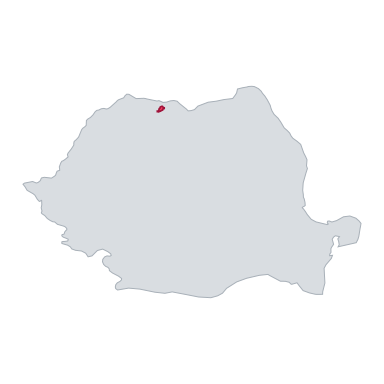 Stramtura, Maramures, Romania (highlighted)
{"feature_id": "2599482B10134802893946", "entity_name": "Stramtura", "entity_type": "district", "adm_level": 2, "iso_a3": "ROU", "parent_name": "Romania", "parent_adm1": "Maramures", "projection": "equal_earth", "projection_center": [24.134, 47.755], "detail": "fine", "context": "in_parent", "style": "filled", "palette": "rose", "viewbox_px": 384, "rotation_deg": 0, "n_neighbors": 0, "source": "geoboundaries", "source_scale": "gbopen_adm2", "svg_char_len": 4608}
<svg xmlns="http://www.w3.org/2000/svg" viewBox="0 0 384 384"><path d="M307.3,214.6L311.2,219.3L316.0,221.9L327.2,224.6L328.1,224.3L328.2,223.8L327.4,223.1L327.3,222.2L327.8,221.1L329.3,221.0L331.9,222.0L336.6,220.6L343.5,216.8L349.9,216.0L355.9,218.2L359.0,220.9L361.0,223.4L360.5,226.5L360.1,228.4L358.8,236.4L357.9,239.4L356.2,242.7L338.1,246.8L339.2,244.8L338.7,241.5L337.8,238.9L339.5,236.6L335.3,235.8L333.6,237.1L332.2,239.2L333.6,244.3L331.7,247.1L330.9,248.7L331.0,252.4L329.8,254.0L329.6,255.7L332.5,255.3L331.3,258.5L326.0,264.7L324.1,268.3L324.9,283.0L322.7,291.7L322.6,294.3L316.7,294.4L315.0,294.2L309.4,292.9L303.1,290.6L299.4,286.0L297.0,282.8L291.7,284.3L290.7,283.9L289.3,282.3L285.3,281.3L280.4,281.2L269.3,275.3L268.0,274.4L259.4,275.3L246.5,278.3L236.7,281.9L226.6,288.3L222.5,293.2L217.7,295.8L210.9,297.7L198.6,297.0L185.9,294.5L172.2,291.9L164.9,293.3L154.9,292.2L139.8,289.1L128.6,288.1L117.6,290.0L115.7,288.6L115.3,287.0L115.8,284.7L117.3,282.8L120.0,281.4L121.4,280.0L121.6,278.5L118.6,276.2L112.5,273.0L110.0,271.1L109.4,270.6L109.2,268.8L108.0,267.4L105.6,266.3L103.7,264.5L102.5,261.8L102.8,259.3L104.7,256.9L107.0,255.9L109.9,256.2L111.2,255.5L110.7,253.8L107.9,251.7L102.7,249.1L97.4,250.5L92.0,255.9L88.1,256.8L85.7,253.2L81.5,251.0L75.5,250.3L71.7,248.9L70.4,246.9L67.7,245.2L61.9,243.5L61.8,241.9L62.8,241.5L64.9,241.4L67.7,241.0L68.1,240.1L68.2,239.2L66.0,238.2L63.8,237.4L62.6,236.7L61.9,235.9L61.8,235.0L62.4,234.5L63.3,234.4L64.2,233.9L64.7,232.0L66.0,230.4L66.8,229.8L66.8,228.6L65.9,227.5L64.7,226.5L62.9,225.9L57.4,224.3L54.6,221.9L52.9,221.8L50.2,220.5L47.3,218.5L44.8,215.6L42.1,213.8L41.4,213.0L41.4,212.3L41.9,211.5L41.9,210.6L41.2,207.8L41.8,204.8L41.7,202.0L41.7,200.7L41.2,200.3L40.7,200.8L40.0,201.3L39.3,201.4L37.4,199.4L34.9,195.2L33.2,193.8L29.9,191.9L27.1,190.3L25.1,186.9L23.0,184.2L24.5,183.1L32.6,181.5L36.3,183.0L38.0,182.5L39.7,181.2L40.6,180.2L40.8,179.2L41.6,177.9L44.3,177.3L51.5,178.1L54.5,176.2L55.6,175.2L56.3,173.0L57.1,171.2L59.7,170.3L59.6,168.6L59.3,166.9L60.8,162.9L61.8,161.3L63.2,160.7L65.0,159.5L68.1,156.9L67.4,154.7L68.1,153.0L71.3,149.0L73.8,145.1L73.8,143.1L74.2,141.4L76.3,139.6L78.6,137.1L81.7,129.6L82.7,128.3L84.7,126.9L86.2,125.4L86.4,120.5L87.7,119.1L90.4,117.5L93.0,114.9L95.1,111.8L96.7,110.4L98.9,110.0L101.2,108.8L103.8,108.4L106.3,109.0L107.9,108.7L110.3,107.2L116.5,101.6L117.4,100.5L118.7,99.7L123.7,97.8L124.9,95.9L126.7,94.2L128.9,94.3L136.1,98.6L143.8,98.3L145.2,98.5L145.7,98.6L146.6,98.9L156.9,101.0L158.5,100.8L158.9,100.6L163.0,102.4L166.7,102.1L170.2,100.9L173.8,100.5L177.1,101.2L179.7,103.7L186.2,108.9L188.2,110.9L191.2,110.6L194.5,109.6L197.9,106.1L208.2,102.2L216.1,101.2L223.8,99.6L232.7,98.5L235.2,95.2L236.6,93.0L237.5,89.0L242.3,87.8L246.9,87.0L248.5,86.5L251.8,86.3L254.4,86.6L258.4,88.6L261.2,91.2L262.4,93.2L264.8,96.0L267.4,100.0L270.2,105.3L270.9,108.0L272.0,110.9L274.1,114.4L278.2,118.3L278.7,119.1L280.6,121.8L284.2,127.9L287.1,130.4L289.7,133.1L291.0,135.8L292.8,138.2L297.2,141.4L300.7,144.4L303.7,152.9L305.7,156.8L307.0,159.8L306.5,165.9L307.4,168.5L305.9,173.2L303.2,182.8L302.7,190.4L303.3,194.6L303.4,197.2L304.2,198.9L305.0,202.4L305.2,205.5L304.2,206.3L302.8,207.0L302.2,207.7L303.6,209.1L305.4,211.6L307.3,214.6Z" fill="#d9dde1" stroke="#a8b0b8" stroke-width="1"/><path d="M158.3,112.0L158.4,111.9L158.5,111.9L158.8,111.9L158.9,111.7L159.0,111.7L159.3,111.6L159.4,111.4L159.5,111.4L159.8,111.4L160.0,111.3L160.0,111.2L160.3,111.1L160.5,111.2L160.7,110.9L160.8,110.9L161.0,110.9L161.1,110.7L161.3,110.7L161.5,110.5L161.6,110.4L161.8,110.3L162.0,110.4L162.3,110.3L162.5,110.2L162.8,110.0L162.8,109.9L162.8,109.7L162.7,109.7L162.7,109.4L162.7,109.2L162.8,109.1L163.0,108.9L163.2,108.7L163.3,108.7L163.5,108.6L163.8,108.6L164.0,108.8L164.2,108.7L164.3,108.6L164.3,108.4L164.2,108.2L164.3,108.1L164.3,107.9L164.2,107.9L164.2,107.7L163.9,107.7L163.7,107.6L163.4,107.5L163.2,107.4L163.1,107.2L162.9,107.0L162.9,106.9L162.9,106.7L162.7,106.5L162.5,106.4L162.5,106.5L162.4,106.5L162.4,106.4L162.1,106.4L161.9,106.4L161.7,106.4L161.4,106.4L161.3,106.5L161.2,106.5L160.9,106.6L160.6,106.9L160.4,106.9L160.4,107.0L160.2,107.2L160.2,107.3L160.1,107.5L160.2,107.8L160.2,108.0L159.9,108.2L159.7,108.2L159.6,108.3L159.4,108.3L159.3,108.5L159.3,108.8L159.2,108.8L159.2,109.0L159.1,109.3L159.0,109.5L158.9,109.5L158.9,109.8L158.9,110.0L158.7,110.2L158.7,110.3L158.6,110.5L158.4,110.7L158.3,110.8L158.1,110.8L158.1,111.0L158.0,111.3L157.9,111.3L157.7,111.3L157.8,111.4L157.7,111.5L157.8,111.5L157.8,111.8L158.0,111.9L158.1,112.0L158.3,112.0Z" fill="#f43f5e" stroke="#9f1239" stroke-width="1.5"/></svg>